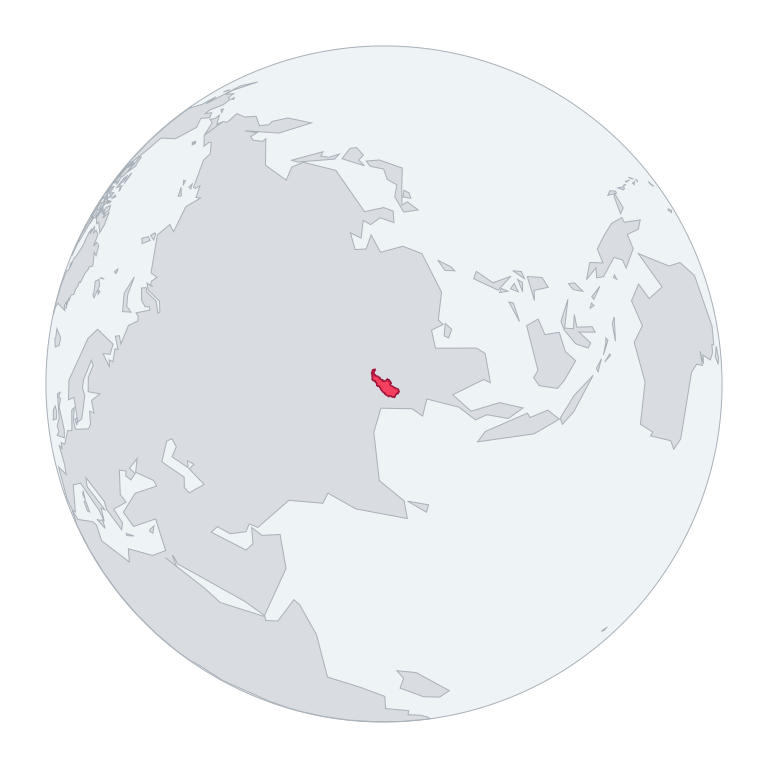 the Earth from above Sagaing, rotated 301°
{"feature_id": "MMR-3302", "entity_name": "Sagaing", "entity_type": "Division", "adm_level": 1, "iso_a3": "MMR", "parent_name": "Myanmar", "parent_adm1": "", "projection": "orthographic", "projection_center": [95.526, 24.485], "detail": "fine", "context": "on_globe", "style": "filled", "palette": "rose", "viewbox_px": 768, "rotation_deg": 301, "n_neighbors": 0, "source": "natural_earth", "source_scale": "10m", "svg_char_len": 14802}
<svg xmlns="http://www.w3.org/2000/svg" viewBox="0 0 768 768"><g transform="rotate(301 384 384)"><circle cx="384" cy="384" r="338" fill="#eef3f6" stroke="#a8b0b8"/><path d="M523.0,76.0L519.9,74.9L530.0,84.0L543.8,92.2L532.5,87.1L565.6,107.4L577.9,120.2L557.5,102.8L550.4,99.0L555.5,105.5L549.3,103.2L548.3,105.4L540.4,102.3L529.1,93.5L523.8,91.6L527.8,96.6L522.4,97.4L517.4,90.2L507.5,91.2L486.8,78.9L479.9,66.1L461.9,60.3L437.7,51.1L433.4,50.9L421.5,48.6L412.2,47.9L410.3,47.4L404.5,47.5L407.9,48.2L406.5,48.7L401.3,48.7L398.0,47.6L400.2,47.4L396.5,47.2L397.1,46.8L393.9,47.0L390.6,46.3L386.1,47.1L377.0,46.7L376.9,46.3L387.0,46.2L392.0,46.2L419.0,47.9L445.7,51.8L472.1,57.8L497.9,65.9L523.0,76.0ZM555.0,99.2L551.5,95.8L557.0,100.1L555.0,99.2ZM549.5,106.3L552.4,108.2L550.6,108.6L549.5,106.3ZM537.0,104.6L533.1,105.1L535.1,102.9L537.0,104.6ZM387.8,46.1L387.4,46.1L385.7,46.1L387.8,46.1ZM529.6,104.5L520.5,107.0L526.3,111.0L504.7,101.8L519.6,102.2L521.1,98.6L524.4,102.3L529.6,104.5ZM411.3,48.5L407.4,47.7L415.4,48.6L411.3,48.5ZM416.8,49.1L443.6,52.9L446.8,54.8L437.2,52.8L445.2,55.9L433.6,54.8L426.5,52.9L426.8,51.7L422.1,52.4L416.8,49.1ZM494.3,96.8L490.4,96.4L492.4,95.2L494.3,96.8ZM406.6,49.0L411.7,49.3L414.8,50.9L405.1,50.6L407.2,50.1L406.6,49.0ZM453.0,57.6L453.6,59.1L444.4,58.5L443.3,59.1L433.6,55.0L453.0,57.6ZM403.9,49.7L400.1,50.5L393.9,49.9L401.7,48.9L403.9,49.7ZM419.7,51.5L420.8,52.3L417.0,51.7L419.7,51.5ZM369.7,49.3L375.8,48.9L378.0,49.6L369.7,49.3ZM399.1,50.8L401.3,51.1L402.8,51.5L399.1,51.9L399.1,50.8ZM427.7,55.2L423.7,54.9L431.2,56.8L424.6,56.9L419.3,54.4L418.8,55.5L416.8,55.6L414.7,53.6L427.7,55.2ZM400.0,53.7L390.9,51.4L379.1,51.5L376.9,50.7L396.2,50.9L400.0,53.7ZM408.8,53.7L402.8,53.5L403.0,52.4L407.3,51.9L408.8,53.7ZM422.0,58.1L433.6,58.5L434.3,59.1L422.0,58.1ZM396.5,53.9L398.8,54.5L395.6,54.0L396.5,53.9ZM414.1,56.9L418.1,56.8L418.9,57.5L414.1,56.9ZM400.0,56.0L397.0,55.1L399.8,54.6L400.0,56.0ZM406.4,56.6L406.5,57.5L402.6,55.0L408.1,56.4L406.4,56.6ZM414.2,57.5L415.9,57.9L412.4,57.5L414.2,57.5ZM391.1,59.0L385.5,55.9L391.6,54.5L396.2,57.6L391.1,59.0ZM104.9,193.5L115.3,181.7L110.3,191.5L116.0,205.2L115.0,210.2L104.1,222.8L100.3,257.4L111.1,249.7L117.8,273.9L128.8,282.6L150.7,257.7L132.9,242.7L139.9,226.7L162.3,227.0L179.4,241.7L182.7,236.1L180.4,216.6L193.0,210.7L180.6,209.3L179.2,216.7L171.4,216.5L172.2,209.9L176.6,207.7L173.9,201.6L153.5,214.8L149.9,223.8L137.5,216.7L130.3,231.3L123.9,234.3L133.6,210.9L139.3,204.7L150.2,176.7L143.1,182.4L132.4,209.6L131.8,205.5L122.2,215.0L129.2,204.5L142.8,174.8L137.4,169.6L115.4,185.3L115.4,182.0L122.2,171.6L145.3,147.8L142.8,158.2L150.9,151.3L164.4,136.8L162.5,141.7L167.6,137.4L167.9,141.4L181.1,136.9L183.3,140.5L200.8,129.8L204.3,130.6L193.0,136.4L186.3,142.9L193.4,153.8L198.3,153.2L209.1,145.7L209.7,150.3L219.2,141.8L229.3,145.6L225.0,134.4L237.5,127.0L250.3,125.1L253.6,121.0L232.8,124.3L225.2,127.6L220.0,133.5L198.6,142.8L193.5,141.3L212.9,125.1L207.9,121.7L225.2,111.9L270.7,106.8L283.4,110.3L278.6,131.2L268.5,134.0L265.3,127.5L257.0,140.2L263.1,135.9L263.6,140.1L275.7,135.3L276.6,138.2L286.6,129.2L289.1,132.2L282.7,137.9L302.7,134.8L311.2,140.5L315.3,138.5L317.3,134.8L326.7,145.2L329.3,143.4L327.2,139.2L331.0,133.1L341.4,126.7L344.1,130.6L340.7,133.4L337.7,145.9L328.3,153.7L330.4,154.7L339.3,149.0L343.0,133.6L348.5,128.8L348.2,135.7L348.7,132.8L352.3,131.7L358.4,134.5L359.4,127.0L395.0,113.0L410.4,118.3L406.1,125.2L433.9,122.8L449.0,131.0L447.0,126.8L459.0,124.2L454.4,121.5L454.4,119.4L483.1,114.0L491.9,116.5L502.1,111.5L501.1,109.6L495.1,107.2L504.7,101.8L526.3,111.0L527.5,114.7L540.1,118.8L541.0,127.0L547.6,136.4L541.3,144.3L547.1,151.9L551.4,152.8L562.5,164.6L570.4,187.3L545.0,164.7L529.4,134.3L534.1,145.8L527.4,142.3L525.6,146.2L529.4,155.0L533.4,156.4L510.5,169.7L508.4,195.2L522.3,193.2L532.5,200.6L542.3,232.7L521.7,278.6L535.1,292.9L536.9,302.7L527.5,309.4L524.5,295.1L513.7,290.4L513.5,281.9L497.3,289.3L496.3,277.4L484.3,289.9L490.5,299.1L505.1,296.2L495.1,313.2L511.8,329.2L515.3,349.3L492.4,386.0L466.8,397.6L465.6,404.0L454.6,397.0L441.2,409.7L462.5,444.9L462.2,455.1L439.9,474.5L439.2,467.1L410.2,448.5L405.5,472.6L427.5,492.6L435.1,515.5L418.5,508.3L410.7,488.1L400.4,480.9L402.7,460.0L393.2,428.4L376.4,433.6L377.3,420.9L361.7,393.8L337.3,400.2L298.8,429.7L294.2,461.4L280.7,473.3L262.4,424.1L261.6,392.2L250.3,393.0L235.3,362.4L196.1,349.7L194.6,340.5L186.3,341.8L176.5,329.3L175.9,314.6L168.0,312.2L170.6,351.3L179.6,354.0L192.8,344.5L191.4,357.4L201.5,372.4L175.5,395.0L124.0,400.8L126.0,376.2L123.5,299.5L127.5,293.2L127.8,292.4L128.2,290.8L120.7,300.3L122.6,285.9L116.4,336.3L112.3,356.1L123.2,401.8L120.4,404.3L126.1,415.1L152.7,417.8L151.3,425.4L134.4,455.2L103.7,486.5L111.9,520.3L116.6,545.6L106.6,552.5L116.7,573.5L112.9,574.9L118.8,585.7L120.9,592.8L121.0,595.9L117.6,591.9L102.7,571.2L89.4,549.4L77.7,526.7L67.8,503.2L59.7,479.0L56.8,467.5L52.9,448.4L46.7,398.0L47.5,377.9L47.7,365.7L47.0,362.0L48.2,347.5L48.5,343.6L52.8,316.9L59.2,290.7L67.7,265.1L78.2,240.3L90.6,216.4L104.9,193.5ZM95.6,207.9L97.0,205.6L95.6,207.9L95.6,207.9ZM190.3,273.1L205.3,281.5L211.0,260.7L217.3,262.5L216.9,255.2L211.4,259.2L212.4,239.9L223.3,238.3L227.9,230.3L223.1,227.2L202.9,233.6L201.2,260.7L192.5,266.1L190.3,273.1ZM195.8,113.5L191.8,117.7L185.5,121.1L182.7,119.1L191.8,113.9L195.8,113.5ZM187.5,123.1L207.5,109.1L210.1,110.6L205.2,111.9L204.9,114.3L197.1,117.3L179.9,133.6L173.2,137.8L171.7,130.3L175.9,130.0L179.6,125.5L187.5,123.1ZM254.3,78.9L263.0,75.1L257.2,82.9L249.7,85.7L246.4,83.2L253.4,78.5L254.3,78.9ZM363.1,47.0L366.9,46.7L367.8,46.7L365.4,47.1L363.1,47.0ZM361.3,46.8L358.4,47.1L357.3,47.4L359.6,47.4L373.0,47.4L392.3,47.4L394.3,48.6L390.6,49.5L386.2,49.6L386.3,48.6L380.4,49.6L377.2,48.4L372.4,49.0L347.9,49.1L350.9,48.5L332.9,50.4L333.9,49.9L345.5,48.4L336.7,49.4L361.3,46.8ZM345.7,71.1L347.6,67.8L335.3,73.6L332.0,70.7L330.8,71.5L324.4,70.7L314.5,71.5L314.5,70.0L310.6,71.1L306.3,70.9L301.0,72.0L299.2,69.9L292.6,71.2L295.5,69.5L284.6,72.6L291.8,69.5L286.9,69.6L282.5,72.5L285.3,62.9L280.9,62.7L273.3,64.8L286.8,60.4L302.6,56.2L317.5,53.7L319.8,55.1L325.5,53.4L328.3,53.7L322.6,54.9L333.0,53.4L333.8,54.2L347.1,54.7L361.6,53.1L366.8,53.7L361.5,54.7L370.4,54.7L364.0,57.3L367.6,58.0L364.8,61.7L352.5,64.1L357.5,64.8L355.6,68.3L345.7,71.1ZM389.9,59.9L376.0,62.4L367.3,62.4L375.8,56.1L373.4,55.1L378.5,52.0L390.9,52.4L388.3,53.1L388.7,54.0L384.6,53.5L388.1,54.6L384.7,55.9L386.5,57.2L381.4,57.5L389.9,59.9ZM120.2,207.6L120.6,210.3L122.6,212.8L116.6,219.3L120.2,207.6ZM129.0,187.3L130.3,188.2L122.7,197.6L122.4,195.2L129.0,187.3ZM137.5,181.1L131.0,187.5L134.2,182.7L137.5,181.1ZM194.8,137.1L196.9,138.0L194.6,140.1L190.5,141.9L194.8,137.1ZM308.5,91.0L310.9,88.3L313.1,88.2L323.5,83.6L326.8,85.9L321.8,89.6L308.5,91.0ZM144.0,259.9L137.1,262.7L137.1,258.7L139.5,258.5L144.0,259.9ZM123.3,240.0L125.0,248.0L121.6,241.7L123.3,240.0ZM313.7,92.7L317.6,90.4L316.9,93.0L313.7,92.7ZM329.7,87.4L329.9,90.1L328.4,85.7L329.7,87.4ZM284.0,697.6L290.8,700.5L285.7,699.5L284.0,697.6ZM153.2,560.2L154.8,597.9L144.3,593.0L136.3,578.9L131.6,554.4L141.7,552.5L144.9,542.7L153.2,560.2ZM516.6,561.8L526.0,562.0L525.5,563.4L516.6,561.8ZM506.8,558.1L517.7,557.4L504.8,561.2L506.8,558.1ZM521.9,557.1L533.0,553.2L537.8,550.4L536.9,553.4L521.9,557.1ZM499.3,558.8L457.9,560.9L441.3,557.7L445.4,552.6L472.2,552.9L499.3,558.8ZM444.1,552.4L418.5,538.2L382.6,494.0L395.5,495.3L432.9,522.0L430.5,526.5L446.0,537.9L444.1,552.4ZM505.2,522.7L502.7,536.3L480.0,536.7L469.6,535.0L462.5,518.0L466.5,509.0L475.1,508.9L507.5,476.2L519.0,482.7L509.2,496.5L518.6,507.6L505.2,522.7ZM295.7,464.6L303.4,484.4L296.0,486.5L295.7,464.6ZM520.0,453.3L507.3,468.0L518.7,448.8L520.0,453.3ZM526.3,435.4L527.4,442.3L521.8,436.0L526.3,435.4ZM465.8,413.8L456.8,415.7L456.3,410.7L467.5,405.3L465.8,413.8ZM517.8,366.4L518.9,381.3L517.5,386.4L512.8,377.8L517.8,366.4ZM347.1,114.9L328.9,118.2L318.1,123.4L315.3,130.2L311.4,122.6L328.2,114.5L347.1,114.9ZM388.8,112.5L391.1,107.5L395.3,109.4L395.4,110.8L388.8,112.5ZM386.6,109.7L379.7,104.3L384.4,101.4L388.9,106.1L386.6,109.7ZM346.1,96.8L340.5,97.4L341.3,95.1L346.1,96.8ZM573.0,660.4L578.0,653.9L587.4,649.3L579.1,656.9L573.0,660.4ZM552.5,641.5L489.8,666.6L477.3,666.0L483.1,659.1L476.8,639.1L481.2,639.2L481.6,624.5L520.1,606.8L548.6,577.0L567.0,575.5L582.8,553.3L600.8,550.7L593.7,567.3L610.4,572.4L626.8,534.8L631.9,567.5L640.5,575.1L636.9,594.3L602.4,635.5L587.4,646.5L586.8,644.7L579.9,649.6L572.6,651.3L573.1,642.6L566.1,647.4L574.9,638.0L563.9,647.3L562.1,641.8L552.5,641.5ZM679.3,537.9L680.5,537.5L680.9,541.0L679.0,542.2L679.3,537.9ZM692.6,510.5L692.8,512.0L692.0,513.3L692.6,510.5ZM692.1,510.4L693.8,506.0L692.9,509.7L692.1,510.4ZM687.6,497.3L688.9,494.7L689.2,495.8L687.6,497.3ZM539.8,560.4L553.3,548.6L560.2,546.7L539.8,560.4ZM686.5,494.3L683.7,495.8L684.2,493.6L686.5,494.3ZM687.2,489.6L687.2,486.9L688.2,492.4L687.2,489.6ZM682.2,486.6L685.3,489.5L681.7,487.5L682.2,486.6ZM679.9,488.5L677.4,487.7L677.6,486.8L679.9,488.5ZM646.4,506.7L656.6,519.1L647.5,522.2L637.6,515.5L628.3,527.9L608.1,531.8L613.2,524.5L610.9,515.9L589.0,516.9L584.6,511.6L592.7,505.9L577.8,503.8L594.2,497.8L600.5,509.3L609.6,497.3L624.7,496.1L638.7,496.3L649.2,502.1L646.4,506.7ZM593.6,525.8L596.3,525.2L593.7,529.5L593.6,525.8ZM672.5,483.4L676.2,487.6L675.6,489.3L673.7,489.3L672.5,483.4ZM651.8,499.1L663.4,484.4L666.0,483.6L658.2,498.3L651.8,499.1ZM660.9,478.7L666.0,478.1L668.5,482.9L667.4,485.0L660.9,478.7ZM560.2,520.1L559.4,523.7L555.1,521.6L560.2,520.1ZM565.9,517.1L578.9,518.7L564.6,520.3L565.9,517.1ZM525.0,510.0L529.0,518.0L541.7,511.2L532.0,520.0L540.3,532.8L537.2,538.3L529.0,524.4L525.6,540.1L520.0,540.4L517.2,527.6L523.1,510.8L528.7,503.5L551.4,498.0L525.0,510.0ZM565.9,506.8L562.4,497.5L565.0,490.5L568.8,495.1L565.9,506.8ZM551.5,475.0L541.6,464.5L533.0,470.0L549.9,451.5L556.7,464.6L551.5,475.0ZM542.4,450.3L534.5,455.3L542.4,444.8L542.4,450.3ZM532.2,451.6L530.8,443.4L537.3,443.8L532.2,451.6ZM546.7,450.1L547.4,436.0L551.1,443.8L546.7,450.1ZM526.9,425.3L541.7,437.3L523.2,433.5L520.4,406.6L528.1,405.2L526.9,425.3ZM557.1,311.4L554.0,303.9L560.4,301.3L560.7,307.1L557.1,311.4ZM578.5,288.4L561.1,298.3L546.7,307.2L552.2,310.1L550.8,323.6L541.5,312.4L550.1,296.7L561.3,292.4L561.0,281.4L568.1,273.0L563.5,260.1L565.9,253.9L573.6,264.6L578.5,288.4ZM561.0,254.8L555.5,232.0L568.4,233.5L572.6,238.8L569.6,248.4L563.0,246.9L561.0,254.8ZM558.0,227.2L551.4,225.9L529.6,195.4L528.3,189.6L551.7,212.1L546.8,212.3L549.9,220.0L558.0,227.2ZM492.7,98.4L490.6,96.6L494.4,97.9L492.7,98.4ZM451.6,118.0L452.2,115.4L456.6,116.6L451.6,118.0ZM456.2,109.1L450.8,109.5L455.4,107.4L456.2,109.1ZM438.9,110.9L448.1,108.8L440.9,113.3L438.9,110.9Z" fill="#d9dde1" stroke="#a8b0b8" stroke-width="1"/><path d="M390.1,367.0L390.3,367.0L390.5,367.1L390.6,367.3L390.7,367.5L390.8,367.5L391.0,367.7L390.9,367.9L390.9,368.0L391.0,368.1L391.8,368.5L392.0,368.6L391.7,369.1L391.1,369.2L390.5,369.2L390.2,369.3L389.8,369.4L388.9,369.5L388.7,369.5L388.3,369.4L387.8,369.4L387.7,369.4L388.0,369.6L388.0,369.8L387.9,370.0L387.7,370.1L387.6,370.5L386.9,371.0L386.7,371.1L386.8,371.2L386.9,371.4L387.1,371.5L387.3,371.8L387.3,372.1L387.2,372.3L386.9,372.4L386.6,372.5L386.6,372.8L386.9,373.2L386.9,373.3L387.0,373.5L387.1,373.8L387.2,374.0L387.3,374.2L387.4,374.7L387.4,374.9L387.3,375.0L387.2,375.1L386.9,375.7L386.9,375.8L387.0,376.1L387.1,376.4L387.1,376.5L387.4,376.8L387.5,377.0L387.4,377.2L387.3,377.3L387.0,377.6L386.8,377.8L386.7,377.8L386.5,377.6L386.4,377.7L386.4,377.9L386.3,378.4L386.4,379.5L386.5,379.8L386.7,380.1L386.9,380.3L386.9,380.5L386.9,380.8L386.9,381.0L386.7,381.2L386.7,380.9L386.7,380.7L386.5,380.8L386.4,380.9L386.0,381.0L385.8,381.1L385.7,381.2L385.9,381.8L386.2,382.7L386.3,382.8L386.5,382.9L387.0,383.0L387.3,383.6L387.4,383.8L387.7,384.0L387.8,384.1L388.0,384.0L388.4,384.0L388.7,383.9L388.8,383.9L389.6,384.2L389.9,384.3L390.1,384.4L390.0,384.5L389.9,384.6L389.8,385.4L389.8,385.5L390.1,385.8L390.2,386.0L389.7,386.1L388.8,386.5L388.7,386.6L388.6,386.8L388.8,386.9L389.0,386.7L389.3,386.8L389.3,387.1L389.4,387.3L389.6,387.6L389.6,387.8L389.3,388.4L389.2,388.4L389.1,388.5L388.9,388.7L388.9,388.8L388.8,389.1L388.7,389.4L388.5,389.5L388.4,389.7L388.3,389.8L388.1,389.6L387.7,389.8L387.3,389.7L387.2,389.6L387.3,389.3L387.3,389.2L387.2,389.1L386.9,389.2L386.8,389.3L386.6,389.7L386.3,390.1L386.2,390.3L386.1,390.5L386.2,391.2L386.3,391.5L386.4,391.8L386.4,394.1L386.3,394.3L386.1,394.3L386.0,394.5L386.1,394.8L386.5,395.4L386.5,395.5L386.4,395.8L386.4,396.3L386.5,396.6L386.6,396.8L386.5,397.0L386.5,397.4L386.6,397.7L386.6,398.1L386.7,398.3L386.9,398.7L386.9,398.9L386.8,399.1L386.7,399.3L386.4,399.4L386.2,399.5L385.9,399.7L385.7,400.4L385.6,400.5L385.3,400.9L385.2,400.8L384.7,400.9L384.4,400.4L384.2,400.2L383.3,400.3L383.2,400.4L383.1,400.6L383.1,400.8L383.0,401.0L382.8,400.9L382.7,400.8L382.6,400.7L382.4,400.3L382.3,400.1L382.2,399.9L382.0,399.7L381.7,399.6L381.4,399.8L380.7,399.7L380.3,399.7L380.0,399.7L379.9,399.7L379.7,399.7L379.4,399.8L379.0,399.7L378.9,399.7L378.7,399.8L378.4,400.0L378.2,400.0L378.1,399.9L377.9,399.8L377.8,399.7L377.9,398.7L377.9,398.3L377.8,398.2L377.7,398.2L377.3,398.0L377.2,398.0L377.1,397.9L377.0,397.1L377.1,396.9L377.3,396.4L377.3,396.1L377.1,395.8L376.9,395.3L376.6,395.1L376.5,394.9L376.4,394.8L376.4,394.7L376.3,394.4L376.2,394.4L376.2,394.5L375.7,394.6L375.7,394.2L375.8,393.8L375.8,393.4L375.7,393.2L375.8,392.6L375.8,392.4L375.7,391.7L375.7,391.4L375.8,391.1L375.7,390.8L375.8,390.7L376.0,390.7L376.0,390.2L376.0,389.8L376.3,389.9L376.5,389.9L376.6,389.3L376.7,388.6L376.5,388.2L376.5,387.7L376.5,387.3L376.6,387.2L376.8,386.9L376.9,386.5L376.9,386.4L377.0,386.1L377.0,385.9L377.3,385.3L377.4,385.0L377.4,384.9L377.6,384.7L377.7,384.4L377.8,384.1L377.9,383.9L378.0,383.6L378.4,383.3L378.4,383.2L378.5,382.8L378.6,382.7L378.8,382.7L379.0,382.4L379.0,382.0L379.3,381.8L379.3,381.6L379.4,381.1L379.5,381.0L379.6,380.8L379.7,380.5L379.6,380.3L379.5,380.1L379.3,380.0L379.1,380.0L378.9,379.9L378.8,379.7L379.1,378.6L379.2,378.4L379.4,378.3L379.6,378.1L379.8,378.1L380.0,378.0L380.2,377.8L380.3,377.7L380.5,377.6L380.4,377.5L380.5,377.4L381.0,376.7L381.3,376.6L381.3,376.4L381.2,375.8L381.2,375.6L381.3,375.5L381.5,375.4L382.0,374.9L382.0,374.6L381.9,374.6L381.7,374.5L381.6,374.1L381.7,373.9L381.5,373.6L381.4,373.4L381.5,373.1L381.5,372.9L381.6,372.7L381.4,372.4L381.5,372.1L381.7,371.9L381.8,371.8L381.8,371.7L381.9,371.4L382.0,371.4L382.3,371.2L382.5,371.2L382.9,371.1L383.3,371.0L383.4,370.9L383.5,370.7L383.8,370.3L384.0,370.2L384.3,370.3L384.3,370.2L384.5,370.0L384.5,369.9L384.8,369.8L385.1,369.5L385.3,369.2L385.5,369.1L385.8,369.1L386.1,368.9L386.2,368.7L386.4,368.3L386.6,368.0L386.9,367.8L387.2,367.6L388.6,367.4L389.0,367.4L389.3,367.4L389.5,367.2L389.8,367.2L390.0,367.0L390.1,367.0Z" fill="#f43f5e" stroke="#9f1239" stroke-width="1.5"/></g></svg>